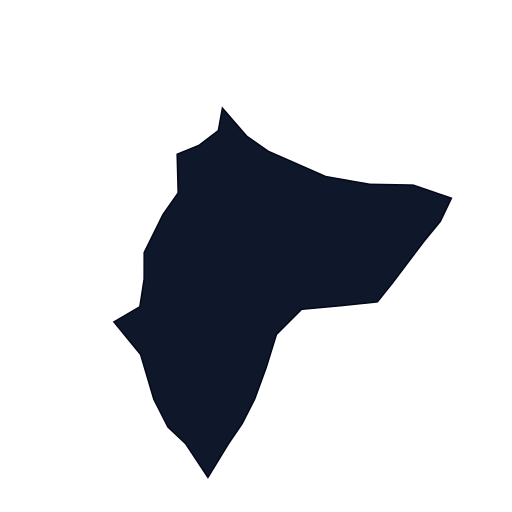 outline of Spilia, Nicosia, Cyprus, rotated 228°
{"feature_id": "46923920B71237456282440", "entity_name": "Spilia", "entity_type": "district", "adm_level": 2, "iso_a3": "CYP", "parent_name": "Cyprus", "parent_adm1": "Nicosia", "projection": "orthographic", "projection_center": [32.941, 34.966], "detail": "fine", "context": "isolated", "style": "filled", "palette": "ink", "viewbox_px": 512, "rotation_deg": 228, "n_neighbors": 0, "source": "geoboundaries", "source_scale": "gbopen_adm2", "svg_char_len": 646}
<svg xmlns="http://www.w3.org/2000/svg" viewBox="0 0 512 512"><g transform="rotate(228 256 256)"><path d="M123.6,72.1L134.9,110.0L140.7,133.7L150.6,159.4L166.3,189.0L184.0,218.7L185.9,254.2L162.3,285.8L140.7,315.5L144.6,339.2L154.5,390.5L158.4,416.2L166.6,436.1L168.2,439.9L182.9,431.7L203.6,420.2L218.0,404.8L223.4,399.0L233.1,388.6L248.5,376.5L268.5,360.9L269.0,360.7L325.6,335.2L351.1,329.3L372.8,329.7L388.4,330.0L374.4,311.9L376.4,287.7L384.4,265.5L355.0,240.4L349.1,214.7L333.4,175.2L313.7,157.4L296.0,135.7L302.1,106.3L260.0,104.3L217.9,84.2L187.8,76.1L163.7,78.1L123.6,72.1Z" fill="#0f172a" stroke="#020617" stroke-width="1.5"/></g></svg>